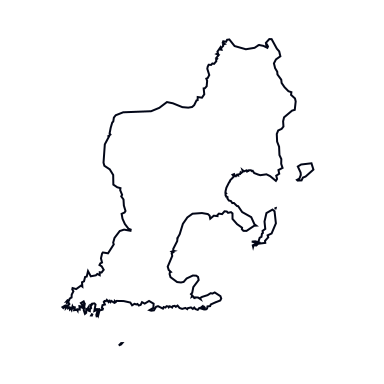 the district of Batangas, Batangas, Philippines, rotated 275°
{"feature_id": "2640588B63294043497895", "entity_name": "Batangas", "entity_type": "district", "adm_level": 2, "iso_a3": "PHL", "parent_name": "Philippines", "parent_adm1": "Batangas", "projection": "mercator", "projection_center": [120.815, 13.883], "detail": "fine", "context": "isolated", "style": "outline", "palette": "ink", "viewbox_px": 384, "rotation_deg": 275, "n_neighbors": 0, "source": "geoboundaries", "source_scale": "gbopen_adm2", "svg_char_len": 5886}
<svg xmlns="http://www.w3.org/2000/svg" viewBox="0 0 384 384"><g transform="rotate(275 192 192)"><path d="M75.2,79.5L73.2,78.9L73.4,77.5L72.0,76.5L72.3,77.6L70.7,77.3L71.1,78.6L69.7,79.6L68.4,78.7L68.0,76.3L65.3,76.4L66.7,77.4L66.4,78.7L65.5,78.7L66.3,79.9L64.5,80.5L65.7,81.3L64.1,82.3L67.6,82.9L66.3,83.6L67.1,84.2L66.9,85.3L64.0,84.9L64.4,86.6L63.5,86.8L64.8,86.9L64.9,87.6L63.8,88.4L65.2,88.4L65.1,90.4L68.5,89.8L68.3,91.7L66.6,92.2L67.6,92.3L67.3,92.8L69.4,93.0L71.7,91.0L73.6,93.6L71.7,94.6L71.2,94.1L71.1,94.9L65.0,94.4L61.3,96.0L62.4,97.1L66.2,96.8L65.8,97.7L68.2,98.9L64.8,99.2L64.4,100.6L66.2,100.5L67.6,101.6L68.9,101.0L70.5,101.8L70.7,101.0L70.8,101.1L72.0,102.1L72.5,104.5L71.5,105.7L64.9,105.1L65.7,106.5L67.0,106.8L67.1,108.6L61.2,107.4L59.0,108.1L61.8,108.0L62.5,109.0L61.4,109.4L64.9,110.0L68.0,109.5L66.0,110.3L67.0,113.2L68.1,113.4L68.7,112.3L71.5,112.7L72.3,115.0L74.8,113.7L75.8,114.4L75.7,115.7L77.1,116.5L75.1,118.5L76.4,119.1L75.2,120.4L76.5,121.0L74.8,124.4L75.5,125.3L76.0,124.6L76.6,124.6L75.8,125.6L76.9,126.3L77.4,133.4L76.5,140.2L73.9,142.2L75.6,144.5L75.1,146.3L75.7,147.4L74.3,148.9L75.1,150.7L77.9,151.8L76.7,154.6L79.7,158.7L77.4,163.5L73.2,163.6L70.6,160.0L70.2,161.7L70.8,164.4L74.5,166.2L75.3,168.1L73.3,173.2L74.9,173.8L74.6,175.6L76.0,176.6L75.9,178.4L75.1,178.9L76.2,179.8L75.2,182.3L76.5,182.7L77.1,184.7L76.2,185.9L77.6,187.5L75.4,189.7L74.7,192.4L75.9,195.5L74.9,197.5L75.9,198.0L76.9,201.0L75.6,203.0L77.1,204.3L75.7,205.6L75.1,208.0L77.1,209.4L76.4,212.6L78.0,211.3L79.3,212.7L78.0,213.6L78.6,214.1L78.0,214.8L76.5,214.5L76.2,216.0L77.2,217.2L79.4,217.4L79.9,220.0L81.6,220.5L84.2,225.1L83.6,225.7L84.3,225.4L86.4,229.6L88.4,230.4L90.7,229.4L93.9,223.4L92.6,221.2L92.8,219.4L90.6,216.5L88.4,211.2L87.0,209.2L86.0,209.8L87.4,207.2L87.3,204.5L85.9,203.6L87.7,204.1L86.8,203.3L88.3,201.9L87.6,200.9L89.0,201.2L90.2,199.9L91.6,201.0L97.4,201.6L104.9,206.3L107.9,205.4L109.0,203.5L108.9,200.2L105.4,194.2L101.7,191.5L100.9,188.9L101.0,185.0L105.3,178.0L108.4,176.8L110.0,177.0L109.9,177.1L110.2,177.3L110.5,177.9L112.3,175.6L115.5,174.3L126.6,177.9L129.2,177.1L130.2,178.4L130.9,177.1L131.7,179.1L131.8,178.4L133.8,178.3L141.7,181.5L144.9,181.6L145.0,182.6L145.1,181.7L148.8,183.4L159.5,185.7L166.3,189.6L170.4,194.4L171.9,203.7L171.4,209.7L170.0,211.6L167.0,212.5L170.3,215.8L170.2,219.5L171.3,219.4L172.8,220.7L172.6,223.9L175.6,226.1L175.6,228.3L174.4,229.7L175.3,232.6L174.2,234.2L168.7,234.7L163.9,239.7L160.8,245.0L159.3,244.9L157.8,246.6L158.0,249.7L163.8,256.9L164.1,258.9L165.3,257.0L172.1,253.2L176.4,243.7L181.9,239.2L182.0,238.0L184.7,234.7L184.5,233.1L186.4,231.5L186.7,229.5L188.7,227.8L190.0,227.8L190.3,226.8L191.2,227.4L190.6,226.8L191.4,225.8L193.3,225.5L193.6,226.1L194.6,225.3L196.5,225.5L196.7,226.2L196.7,225.5L199.3,225.9L204.6,228.0L205.4,228.5L204.8,229.3L205.5,228.5L207.1,229.1L211.1,232.4L212.7,230.9L213.5,232.4L212.2,233.1L212.7,234.0L212.1,233.2L211.5,234.3L212.7,235.1L212.5,236.2L213.3,235.8L214.0,238.3L215.8,238.7L215.3,239.5L216.8,240.9L218.3,240.3L217.1,242.0L218.3,244.5L217.2,245.1L218.1,246.2L217.8,247.3L218.1,246.2L218.6,246.7L218.8,248.8L218.0,249.8L218.4,250.6L216.3,252.3L215.4,255.5L214.7,255.3L215.3,255.5L214.7,258.6L216.1,264.6L214.6,268.5L210.4,274.6L212.4,275.6L215.6,274.5L217.8,277.3L221.4,276.2L223.9,280.1L227.8,278.4L232.6,278.1L236.4,275.9L244.7,274.8L249.6,272.4L257.2,271.4L260.8,272.5L262.7,275.8L265.2,277.4L270.4,276.6L274.4,277.2L281.8,284.6L282.8,287.2L291.3,287.4L294.2,286.4L297.4,282.2L300.1,282.3L300.8,279.3L304.5,275.0L308.4,271.8L311.7,271.1L316.5,266.9L319.3,266.4L322.6,264.0L327.3,262.4L331.4,264.1L334.9,268.2L339.7,266.6L342.2,264.0L351.2,258.0L351.1,255.7L347.0,252.6L344.5,253.3L345.2,254.0L343.6,255.0L342.2,254.5L343.8,250.4L344.3,245.8L345.1,245.5L344.2,245.7L341.1,241.8L338.9,233.2L341.1,221.7L347.2,215.9L346.7,213.7L344.6,212.8L344.9,210.0L343.4,209.6L342.3,211.7L341.6,210.1L340.2,210.3L338.0,208.4L336.3,209.0L336.4,207.9L338.2,207.5L334.0,205.1L332.4,205.8L331.6,204.5L330.8,206.7L327.5,204.4L326.9,205.4L325.9,204.5L324.4,204.8L321.6,202.8L321.8,201.1L320.3,200.0L320.2,197.5L318.1,196.7L316.1,196.5L310.0,199.0L306.9,197.7L306.2,196.4L304.1,197.4L298.6,197.4L296.5,195.8L296.2,194.6L290.4,195.7L286.8,193.7L287.1,189.4L284.0,189.6L283.6,188.5L278.7,186.6L276.7,184.7L275.7,180.9L275.7,175.0L278.7,165.2L279.4,159.2L273.0,152.1L268.9,144.2L265.4,116.5L261.8,109.3L259.3,107.7L255.3,107.4L254.3,106.5L248.9,105.4L243.2,104.8L242.1,105.7L240.5,103.9L240.1,104.5L231.9,101.0L213.5,101.3L210.5,102.4L207.4,108.1L202.1,112.0L192.5,113.0L190.2,117.1L189.6,120.4L187.6,120.3L183.1,122.6L181.5,121.9L178.6,124.4L172.6,125.3L167.3,127.4L165.7,126.6L164.1,123.8L159.3,125.1L154.3,127.9L149.9,131.9L149.2,134.2L148.0,134.1L148.6,127.6L146.8,123.4L139.5,118.8L134.7,117.9L133.0,118.6L123.6,113.7L124.0,108.5L122.9,107.8L118.0,107.1L113.9,108.5L112.9,106.9L111.2,106.2L110.1,108.5L106.8,110.8L103.9,108.9L104.0,107.1L101.1,107.3L102.1,104.8L100.6,103.5L99.2,98.5L104.1,95.3L98.6,94.5L98.0,92.9L93.6,92.2L92.5,90.3L88.2,91.0L89.1,89.6L85.2,85.1L85.9,81.4L84.6,81.2L82.7,82.5L79.3,81.1L76.4,81.2L75.2,79.5ZM144.2,257.2L142.7,257.7L144.3,258.0L144.3,260.7L146.2,262.4L147.7,269.4L149.7,269.0L153.5,271.9L155.4,271.1L157.6,274.9L168.1,278.3L180.0,275.9L181.5,273.7L177.5,268.0L168.9,266.8L161.6,268.2L159.4,265.7L157.4,266.2L156.5,265.3L153.4,265.1L152.3,263.4L147.3,262.3L144.2,257.2ZM228.9,298.3L226.6,295.2L220.8,298.5L218.4,298.9L214.7,297.8L213.2,295.5L212.6,296.2L213.1,300.1L216.0,301.2L217.3,303.8L224.9,311.0L231.0,308.5L228.9,298.3ZM147.8,255.9L147.2,259.6L147.9,261.7L148.4,259.4L147.8,255.9ZM32.8,132.5L33.9,134.6L35.4,135.7L35.3,134.6L32.8,132.5ZM66.0,73.0L65.2,73.9L67.6,75.9L67.6,75.2L66.0,73.0ZM60.2,102.3L60.2,103.0L61.3,103.3L61.5,102.9L60.2,102.3ZM183.2,276.5L182.0,276.6L183.3,276.8L183.2,276.5Z" fill="none" stroke="#020617" stroke-width="2"/></g></svg>